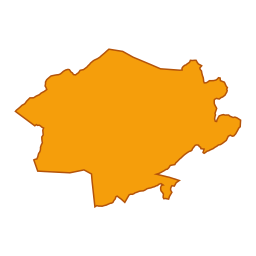 Assaré, Ceará, Brazil (Natural Earth projection)
{"feature_id": "56859067B95707829386079", "entity_name": "Assaré", "entity_type": "district", "adm_level": 2, "iso_a3": "BRA", "parent_name": "Brazil", "parent_adm1": "Ceará", "projection": "natural_earth1", "projection_center": [-39.823, -6.92], "detail": "fine", "context": "isolated", "style": "filled", "palette": "amber", "viewbox_px": 256, "rotation_deg": 0, "n_neighbors": 0, "source": "geoboundaries", "source_scale": "gbopen_adm2", "svg_char_len": 3482}
<svg xmlns="http://www.w3.org/2000/svg" viewBox="0 0 256 256"><path d="M226.3,140.4L227.2,138.5L228.3,136.2L230.3,135.2L232.3,136.2L233.8,135.9L235.7,133.8L236.8,131.8L237.5,130.6L238.2,129.2L239.1,127.7L240.2,126.8L240.3,125.0L240.6,120.2L238.6,118.9L236.9,117.8L234.9,117.1L233.1,117.5L230.0,116.2L228.6,115.0L227.2,115.0L225.1,115.1L223.4,114.6L221.6,115.0L219.2,115.9L218.3,117.4L217.0,119.9L216.6,121.5L215.3,121.3L214.6,118.9L215.0,116.5L215.5,114.9L215.0,113.4L215.8,111.0L216.7,108.4L215.0,105.3L214.3,103.7L214.2,101.3L214.3,99.8L215.3,98.9L216.6,98.4L218.0,98.8L219.3,99.0L221.0,97.6L222.6,97.0L223.8,96.1L225.0,95.2L225.8,93.7L226.8,92.0L227.2,90.4L226.7,89.1L227.4,87.6L226.3,86.4L225.4,84.4L224.4,82.2L222.6,81.5L220.4,80.6L220.1,78.0L218.5,77.7L217.3,79.1L215.8,80.1L213.5,80.6L211.1,80.7L209.4,80.7L207.7,82.0L206.2,82.8L204.3,82.9L203.6,81.3L203.5,79.5L203.2,77.6L202.5,75.7L201.8,73.0L201.5,71.0L200.3,69.6L199.8,68.0L201.7,65.8L200.6,65.1L198.4,64.0L197.0,62.0L196.1,60.3L194.4,60.3L192.3,60.5L190.4,60.3L189.7,62.0L188.7,62.9L187.1,63.9L186.0,64.9L184.7,65.3L183.1,66.6L182.0,68.2L182.1,70.0L179.7,70.2L167.4,69.3L160.5,68.8L151.7,65.0L138.4,59.4L133.1,57.2L122.7,51.4L108.9,49.2L107.0,50.8L104.3,53.3L101.4,55.7L99.8,57.2L97.6,58.6L95.7,59.5L94.4,60.1L93.0,61.0L91.7,62.1L90.5,63.1L89.7,64.2L88.0,65.8L87.0,67.0L85.0,68.5L83.5,69.6L81.6,70.0L80.2,70.3L78.5,72.7L76.9,73.8L75.6,74.9L73.5,74.6L72.4,72.9L71.1,72.1L70.3,71.0L69.4,69.7L68.0,69.4L65.7,70.0L63.4,71.3L62.0,72.6L60.3,74.0L58.4,74.7L57.1,74.8L55.2,75.1L52.7,75.6L51.0,76.0L50.0,76.8L47.8,78.7L46.6,79.9L45.5,82.0L45.5,83.9L45.1,86.0L45.9,87.3L46.8,89.5L44.1,91.5L42.9,92.1L40.8,93.3L39.5,94.6L36.0,96.2L33.6,97.8L29.9,97.9L26.5,101.3L25.6,102.7L24.6,103.9L22.0,105.3L20.0,107.2L18.6,108.4L17.5,109.3L16.4,110.2L15.4,111.4L34.8,125.8L36.4,124.6L37.4,125.4L39.3,125.2L40.7,126.1L41.6,127.0L43.6,128.0L42.8,130.2L43.0,132.7L43.2,134.9L41.8,137.0L41.9,139.6L42.1,141.3L42.4,142.8L41.3,144.9L40.5,147.3L40.5,148.9L40.3,150.4L39.6,152.2L38.7,153.3L38.2,155.0L37.8,156.7L36.8,159.0L35.1,159.3L33.8,159.9L37.7,171.1L44.4,171.5L69.9,172.8L79.7,170.8L84.0,169.9L91.5,174.0L92.1,181.3L94.9,206.8L96.8,205.6L98.7,206.1L100.4,206.1L102.2,206.2L104.1,205.6L106.3,205.1L108.2,204.2L110.3,203.3L111.6,203.1L112.9,202.4L113.9,200.5L115.3,198.8L115.7,197.0L117.1,196.1L121.3,199.2L124.8,202.4L129.1,194.9L130.6,194.2L132.4,194.3L133.9,193.7L135.0,192.9L137.0,192.2L139.5,191.2L141.2,191.0L143.4,190.8L145.3,189.9L146.9,188.8L148.9,188.2L150.7,187.9L152.6,187.2L154.5,186.7L156.2,185.8L157.5,185.5L159.0,184.2L161.0,183.6L163.1,185.0L161.5,185.4L160.7,187.3L160.6,188.8L161.0,190.8L162.5,192.6L163.4,194.0L163.1,197.3L163.8,198.7L165.4,198.5L168.6,199.1L169.5,196.4L170.3,195.0L171.9,192.3L170.6,190.2L170.7,187.9L171.9,185.7L174.3,186.1L176.2,182.7L179.3,180.5L169.0,177.2L167.1,176.8L156.4,174.2L159.0,173.4L160.8,172.5L162.6,171.5L164.6,170.4L165.8,169.5L167.3,169.2L168.4,168.2L169.3,167.0L170.2,165.5L171.4,165.2L173.0,164.9L174.8,164.6L175.9,162.7L177.2,161.6L178.6,160.1L180.0,158.7L181.1,157.9L182.4,156.6L183.8,155.3L185.0,154.3L187.5,152.5L189.3,151.4L190.8,151.0L191.9,150.2L192.5,148.7L193.8,147.1L195.1,145.4L196.5,144.9L198.6,145.2L199.2,146.5L200.6,147.3L200.9,148.7L204.1,149.1L203.0,152.5L204.1,153.3L205.6,152.4L206.9,151.3L209.0,150.6L210.2,149.9L213.2,148.6L214.9,147.3L216.9,146.2L218.4,145.0L220.4,144.6L222.5,143.3L224.6,141.7L226.3,140.4Z" fill="#f59e0b" stroke="#b45309" stroke-width="1.5"/></svg>